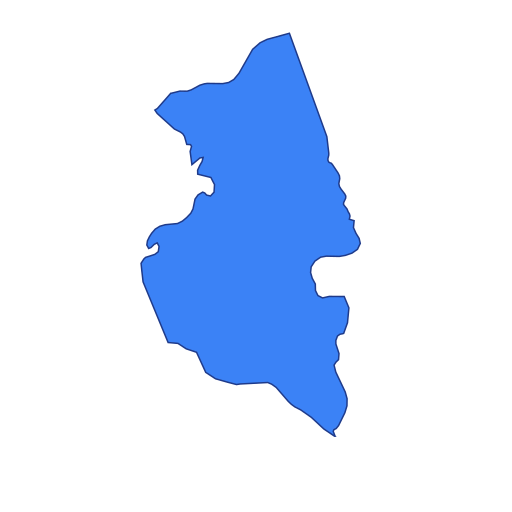 an SVG outline of Koundara, rotated 68°
{"feature_id": "GIN-5646", "entity_name": "Koundara", "entity_type": "Prefecture", "adm_level": 1, "iso_a3": "GIN", "parent_name": "Guinea", "parent_adm1": "", "projection": "mercator", "projection_center": [-13.196, 12.344], "detail": "fine", "context": "isolated", "style": "filled", "palette": "blue", "viewbox_px": 512, "rotation_deg": 68, "n_neighbors": 0, "source": "natural_earth", "source_scale": "10m", "svg_char_len": 2083}
<svg xmlns="http://www.w3.org/2000/svg" viewBox="0 0 512 512"><g transform="rotate(68 256 256)"><path d="M187.2,149.8L188.2,150.1L189.8,150.8L192.7,152.9L194.4,153.5L196.4,153.3L197.3,152.5L198.1,151.5L199.7,150.9L209.9,148.8L212.9,148.6L215.7,149.4L219.9,152.1L222.9,152.6L225.8,152.1L231.6,150.5L234.1,150.3L236.0,151.2L239.3,154.7L240.8,155.5L242.2,155.3L246.5,154.0L249.5,154.0L251.9,153.6L254.2,153.9L256.9,155.7L260.0,151.8L266.2,155.0L272.4,154.8L278.3,153.8L283.4,154.6L287.8,159.4L289.3,165.9L288.9,172.9L287.6,178.9L282.5,190.8L281.3,196.5L282.8,203.3L286.7,208.9L291.8,211.6L297.7,212.2L304.2,211.5L310.3,213.8L315.9,213.4L319.8,210.0L320.9,203.3L326.6,189.4L338.9,189.3L352.2,196.2L360.6,203.7L360.5,205.0L360.0,207.4L360.7,210.4L364.2,213.6L367.5,214.9L377.6,215.6L383.0,218.3L384.4,221.7L386.4,224.5L393.5,225.5L415.4,224.2L422.4,225.0L429.0,227.8L434.6,232.3L444.2,243.0L446.0,246.3L446.2,248.8L447.5,250.1L452.3,250.2L452.7,250.1L452.5,250.7L441.8,257.9L426.2,265.2L415.3,272.3L410.6,276.4L406.7,278.8L403.0,280.5L385.4,286.5L380.7,289.5L377.7,292.5L368.7,318.7L367.9,322.2L362.3,329.7L354.7,339.5L345.1,346.2L323.0,347.2L315.9,355.5L307.8,361.1L303.3,369.9L237.7,370.4L226.6,367.3L219.7,365.3L216.7,361.0L215.9,358.9L216.3,353.9L216.6,349.1L215.4,345.0L210.8,342.3L206.8,342.7L207.1,346.1L208.8,350.2L208.8,352.7L204.9,353.1L201.3,351.0L198.3,347.7L195.8,344.2L193.3,339.3L192.4,334.0L193.0,328.4L196.5,316.6L196.1,311.2L194.4,305.9L191.9,300.4L188.8,296.8L184.0,293.6L180.4,291.2L177.6,286.8L176.8,281.5L178.4,279.9L181.0,279.0L183.3,275.7L181.1,271.0L174.2,267.7L170.1,268.1L166.3,268.4L158.3,279.4L154.6,278.0L150.9,274.1L148.2,270.6L144.8,268.1L144.1,271.3L147.3,281.2L134.4,277.9L130.2,274.7L128.2,275.0L126.6,278.4L118.4,277.5L115.3,278.1L112.8,279.6L107.7,284.1L86.9,294.2L82.8,295.1L82.3,292.2L73.2,274.1L73.3,274.0L74.6,264.8L77.4,258.1L77.7,254.0L76.6,244.0L77.0,239.5L77.7,236.6L83.7,222.3L84.9,216.3L84.0,210.4L80.2,203.3L63.1,181.7L59.8,172.2L59.3,164.5L62.0,141.6L171.9,145.6L187.2,149.8Z" fill="#3b82f6" stroke="#1e3a8a" stroke-width="1.5"/></g></svg>